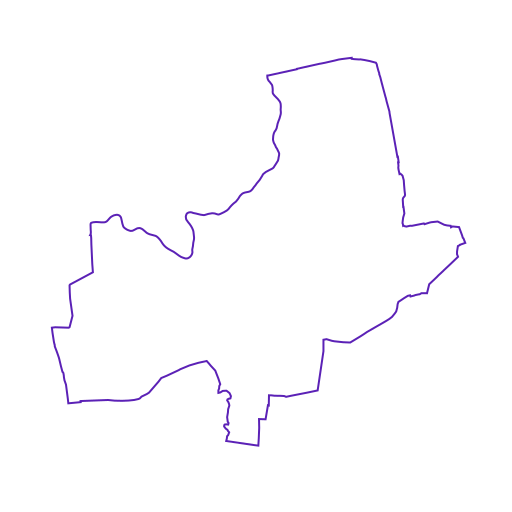 Pueblo Nuevo, Guanajuato, Mexico, rotated 175°
{"feature_id": "50627088B8544251683738", "entity_name": "Pueblo Nuevo", "entity_type": "district", "adm_level": 2, "iso_a3": "MEX", "parent_name": "Mexico", "parent_adm1": "Guanajuato", "projection": "robinson", "projection_center": [-101.357, 20.548], "detail": "fine", "context": "isolated", "style": "outline", "palette": "violet", "viewbox_px": 512, "rotation_deg": 175, "n_neighbors": 0, "source": "geoboundaries", "source_scale": "gbopen_adm2", "svg_char_len": 6080}
<svg xmlns="http://www.w3.org/2000/svg" viewBox="0 0 512 512"><g transform="rotate(175 256 256)"><path d="M443.4,126.8L416.9,125.5L416.2,125.5L409.3,124.2L401.9,123.4L395.5,123.1L389.9,123.2L385.4,123.8L384.1,124.3L382.3,125.9L376.8,128.0L374.5,129.2L364.1,139.3L361.0,142.7L355.3,144.5L343.0,149.0L341.3,149.8L331.8,152.8L322.8,154.6L314.3,155.7L312.4,153.2L310.6,150.6L306.8,145.7L306.5,145.2L305.7,142.4L304.2,137.3L303.9,136.0L302.8,131.4L303.9,129.7L304.3,127.2L305.2,125.4L305.4,123.0L305.4,122.9L303.4,123.2L300.9,124.5L297.3,124.4L296.6,123.9L294.3,121.7L293.2,118.6L293.9,116.4L294.6,116.2L295.6,116.2L296.9,115.6L297.3,114.7L296.2,112.7L295.7,110.8L295.6,109.3L297.1,105.8L297.3,104.5L297.6,102.6L298.8,98.0L298.6,93.4L297.9,92.0L298.4,90.5L300.4,90.9L301.9,90.8L302.4,90.2L302.6,88.9L301.2,86.7L299.6,85.3L299.2,84.2L298.1,82.7L299.4,79.9L300.5,79.0L301.0,76.6L301.8,74.3L273.9,67.7L270.2,66.9L269.1,74.3L267.8,84.5L267.2,93.3L260.7,92.5L257.1,106.3L256.3,106.0L255.2,116.1L252.6,115.8L249.8,115.2L246.1,114.8L244.0,114.6L241.2,114.2L240.0,114.0L238.3,113.1L233.3,113.7L217.2,115.4L206.3,116.7L197.1,155.3L196.1,166.7L193.0,167.0L187.8,164.9L185.3,164.2L176.6,162.5L169.7,161.6L158.9,166.9L155.1,168.9L151.9,170.7L131.9,180.0L128.6,181.7L125.8,183.5L122.7,186.7L121.2,188.5L119.9,192.0L119.1,195.7L118.1,197.9L115.8,199.1L112.2,201.1L108.2,203.1L105.9,203.4L105.6,202.2L101.9,202.8L100.6,203.2L97.2,203.6L96.3,203.6L94.5,204.5L89.6,204.1L88.9,204.0L85.9,212.8L84.1,214.2L77.8,219.2L76.2,220.6L75.6,221.1L73.5,222.7L73.2,222.9L72.5,223.5L71.3,224.4L69.9,225.6L62.9,231.1L54.8,237.6L55.6,240.3L55.3,243.1L54.0,248.3L52.0,249.1L51.9,249.4L46.4,250.8L47.8,255.5L48.4,256.1L48.9,258.6L50.9,265.9L51.2,267.1L57.6,268.3L59.2,267.6L59.4,269.1L63.0,269.8L65.8,270.7L72.0,274.5L78.3,274.4L79.9,274.2L85.4,273.0L85.9,273.8L97.9,272.5L99.9,272.7L103.6,272.2L105.8,272.9L106.5,273.7L106.8,273.5L106.9,275.0L107.2,276.0L106.7,278.6L106.0,281.6L104.5,285.4L104.8,292.1L105.1,292.1L104.9,299.4L104.6,300.5L104.2,301.2L102.6,302.8L102.2,303.8L102.2,305.3L102.3,307.7L102.3,313.6L102.2,318.6L103.0,323.1L103.7,324.1L104.4,324.8L105.0,325.4L105.9,325.1L106.5,329.9L106.5,330.9L106.6,331.3L106.2,333.7L106.3,336.9L105.7,336.9L106.0,342.5L106.5,342.4L110.5,386.8L110.5,388.3L112.4,398.6L112.9,402.2L113.1,402.9L115.2,414.8L115.2,415.0L115.5,416.5L116.6,423.3L117.4,426.5L117.3,427.3L117.9,429.7L118.8,434.6L119.0,436.5L119.7,438.1L125.8,440.3L130.9,441.8L134.9,442.8L136.1,442.8L141.3,443.6L142.1,443.8L143.5,444.1L143.4,445.1L153.6,444.7L156.6,444.5L160.2,443.9L170.4,442.5L173.1,442.2L174.9,442.0L175.5,442.0L198.9,438.9L199.0,438.5L227.7,434.8L229.0,434.8L229.1,433.9L229.1,432.8L229.0,431.9L228.7,430.7L228.1,429.4L227.2,428.3L225.2,425.1L225.0,424.3L224.9,423.4L224.8,421.8L224.9,419.4L225.1,418.3L225.1,417.2L225.0,416.4L224.6,415.7L223.8,414.4L220.5,410.4L219.3,408.5L218.8,407.7L218.3,406.1L218.2,405.3L218.2,404.2L218.3,402.3L218.7,399.6L218.7,397.3L218.8,396.2L219.1,394.9L220.6,390.9L221.8,388.5L223.0,385.8L223.5,384.1L224.0,382.5L224.4,381.3L224.9,380.5L225.8,379.1L226.4,378.6L227.0,377.6L227.5,376.7L228.2,374.7L228.5,373.3L228.7,371.9L228.9,370.9L228.9,370.0L228.6,368.1L228.3,367.0L227.3,364.8L227.0,363.9L226.7,362.8L225.7,361.0L225.2,359.6L224.3,357.3L224.0,356.2L224.2,354.5L225.0,351.8L225.2,350.8L225.8,349.1L226.7,347.9L227.9,346.3L228.6,345.4L229.8,343.9L230.6,342.8L231.4,342.1L232.1,341.7L232.8,341.4L235.5,340.3L239.0,338.8L239.7,338.3L240.6,337.7L241.4,337.2L242.1,336.5L242.7,335.5L245.7,331.5L249.0,328.2L250.4,326.5L252.1,324.8L253.7,322.9L254.7,322.0L255.5,321.4L256.5,320.9L257.8,320.6L261.4,320.2L262.3,320.0L263.3,319.7L264.2,319.3L265.0,318.7L266.1,317.8L266.9,317.0L268.7,314.6L270.2,313.0L271.3,311.9L273.9,310.2L276.0,308.5L277.6,307.0L279.3,305.2L280.2,304.5L281.2,303.8L284.2,302.4L287.7,301.1L289.0,300.7L289.9,300.6L290.6,300.8L291.9,301.3L293.0,301.8L294.0,302.1L295.2,302.3L296.2,302.4L299.8,302.1L302.2,301.6L303.7,301.3L304.6,301.3L307.6,302.0L312.0,303.5L314.7,304.3L316.2,305.0L317.4,305.3L318.4,305.3L319.3,305.2L320.1,304.9L320.7,304.6L321.3,304.2L321.5,303.8L322.0,302.9L322.3,302.1L322.5,301.4L322.5,300.6L322.4,299.3L322.3,298.4L321.7,297.4L320.6,295.5L319.3,293.6L318.0,291.3L317.0,289.0L316.7,287.9L316.4,287.1L316.2,285.5L316.1,281.2L316.1,279.5L316.4,277.7L317.3,274.8L318.0,271.2L318.8,268.5L319.0,267.6L319.0,265.3L319.2,264.5L319.6,263.5L320.0,262.8L320.8,261.8L321.5,261.1L322.3,260.5L323.2,260.1L324.1,259.7L324.8,259.6L325.9,259.6L326.8,259.8L329.1,260.8L330.7,261.6L332.6,263.0L335.8,265.8L337.7,267.4L339.3,268.4L340.4,269.1L343.0,270.9L344.8,272.4L346.1,273.8L346.9,274.8L348.0,276.5L349.4,279.2L350.5,280.9L351.7,282.5L352.8,283.7L353.8,284.5L354.3,284.8L355.6,285.3L360.0,286.9L360.8,287.3L362.0,288.0L363.0,288.7L364.0,289.8L366.7,292.5L367.7,293.2L369.1,293.9L369.8,294.0L371.0,294.0L371.9,293.9L376.0,292.2L377.0,291.9L377.7,291.9L378.5,291.9L379.3,292.1L381.1,292.9L382.2,293.5L383.0,294.1L384.0,294.9L384.9,295.8L385.4,296.5L385.7,297.2L386.3,299.9L386.6,302.4L387.0,305.3L387.2,306.2L387.5,306.9L388.1,307.7L388.3,308.0L389.0,308.5L390.1,309.0L390.6,309.1L391.2,309.2L392.5,309.1L393.8,308.9L394.3,308.8L396.2,308.0L397.0,307.6L397.7,307.1L398.4,306.5L400.6,304.4L401.3,303.8L401.9,303.4L402.6,303.1L403.2,302.9L404.0,302.8L404.8,302.8L407.0,303.0L410.1,303.5L412.4,303.8L413.6,303.8L415.2,303.8L416.3,303.6L417.2,303.4L417.6,303.1L417.8,302.8L418.0,302.2L418.1,301.6L418.4,296.4L418.4,294.9L418.5,293.6L418.7,292.6L419.0,291.9L419.3,291.4L418.7,291.4L418.6,290.8L418.6,288.2L419.0,281.9L419.8,262.2L419.9,254.0L443.7,243.8L444.1,243.4L444.3,242.9L444.7,236.0L444.9,229.7L444.0,212.4L447.9,201.4L448.3,201.1L448.9,200.9L462.2,202.5L465.6,202.4L465.4,197.0L464.8,188.1L464.5,185.8L464.4,185.7L464.3,185.2L464.3,184.7L464.3,183.4L463.1,179.2L462.4,176.6L461.3,172.2L461.0,170.6L459.9,163.1L459.6,161.4L458.9,157.4L458.4,156.9L458.1,156.2L457.9,154.0L457.9,151.9L457.6,148.6L457.4,148.0L457.0,146.4L456.5,144.4L455.9,130.2L455.8,125.6L443.4,125.7L443.4,126.8Z" fill="none" stroke="#5b21b6" stroke-width="2"/></g></svg>